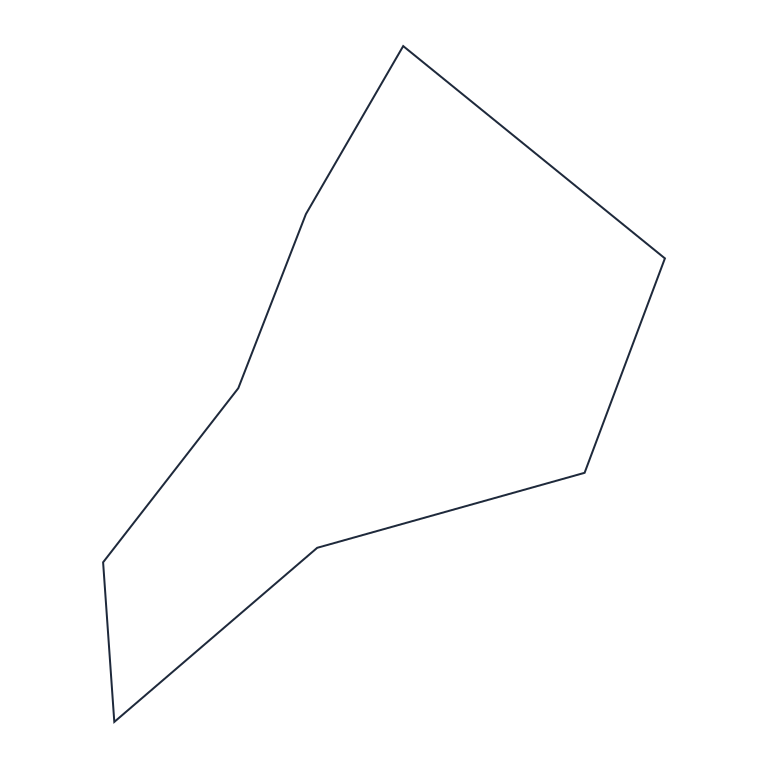 map outline of Schellenberg (Equal Earth projection)
{"feature_id": "LIE-4899", "entity_name": "Schellenberg", "entity_type": "state/province", "adm_level": 1, "iso_a3": "LIE", "parent_name": "Liechtenstein", "parent_adm1": "", "projection": "equal_earth", "projection_center": [9.531, 47.238], "detail": "fine", "context": "isolated", "style": "outline", "palette": "slate", "viewbox_px": 768, "rotation_deg": 0, "n_neighbors": 0, "source": "natural_earth", "source_scale": "10m", "svg_char_len": 233}
<svg xmlns="http://www.w3.org/2000/svg" viewBox="0 0 768 768"><path d="M403.2,46.1L664.9,258.4L584.6,472.8L317.2,547.8L114.3,721.9L103.1,562.3L238.3,388.2L305.9,214.1L403.2,46.1Z" fill="none" stroke="#1e293b" stroke-width="2"/></svg>